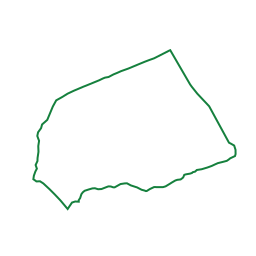 Ar Rusayris, Blue Nile, Sudan (Natural Earth projection), rotated 260°
{"feature_id": "16777658B20285079264513", "entity_name": "Ar Rusayris", "entity_type": "district", "adm_level": 2, "iso_a3": "SDN", "parent_name": "Sudan", "parent_adm1": "Blue Nile", "projection": "natural_earth1", "projection_center": [34.492, 12.166], "detail": "fine", "context": "isolated", "style": "outline", "palette": "green", "viewbox_px": 256, "rotation_deg": 260, "n_neighbors": 0, "source": "geoboundaries", "source_scale": "gbopen_adm2", "svg_char_len": 1493}
<svg xmlns="http://www.w3.org/2000/svg" viewBox="0 0 256 256"><g transform="rotate(260 128 128)"><path d="M94.0,25.9L92.0,27.9L91.3,28.5L90.8,32.1L88.1,35.0L81.5,40.0L78.5,42.1L75.5,44.2L69.0,48.5L67.7,49.3L58.7,54.5L60.7,56.4L64.3,59.9L64.8,63.3L64.6,64.0L64.0,66.7L65.4,66.9L66.6,68.0L67.3,68.7L70.9,70.6L72.5,72.3L73.7,74.4L74.3,78.7L74.7,82.5L74.4,85.0L72.9,87.9L72.5,91.3L73.6,96.8L73.9,98.6L73.4,100.9L72.1,103.2L71.9,104.6L74.1,110.9L74.0,115.2L73.7,117.4L71.0,120.8L68.5,125.5L68.0,126.5L64.8,130.7L63.6,133.3L62.8,134.6L62.7,135.5L64.1,139.0L65.3,143.4L64.1,149.7L63.7,152.3L64.0,154.9L66.1,160.3L66.5,161.2L68.1,165.5L68.4,167.6L68.2,170.9L69.2,172.9L69.8,173.8L72.1,175.3L72.3,177.0L72.3,181.2L72.6,183.2L73.2,184.0L73.4,186.5L74.7,188.5L74.6,193.4L75.3,199.3L76.1,203.9L77.0,207.2L77.8,210.4L78.1,214.8L78.3,217.3L78.5,219.6L79.5,221.8L80.4,223.4L81.8,228.5L83.6,229.4L87.8,230.1L92.3,229.5L94.8,226.5L96.0,224.9L135.3,211.7L149.8,202.2L157.5,198.0L160.2,196.7L197.3,183.1L197.1,182.2L192.1,165.8L191.2,160.5L190.4,156.3L188.8,149.0L186.6,139.2L186.4,138.2L185.2,131.1L184.2,127.1L183.3,123.0L181.6,117.7L181.6,114.1L181.1,111.8L180.0,107.9L176.9,93.6L176.5,91.5L174.1,81.1L172.3,74.5L169.8,68.2L167.7,62.1L162.2,57.7L150.0,49.9L146.4,44.0L143.0,42.4L139.4,38.7L135.9,37.3L133.5,37.7L130.8,38.2L125.8,36.5L120.1,35.7L114.1,33.7L111.2,33.1L107.6,30.6L103.8,31.2L101.2,29.2L98.9,27.9L97.7,27.2L97.3,27.0L94.0,25.9L94.0,25.9Z" fill="none" stroke="#15803d" stroke-width="2"/></g></svg>